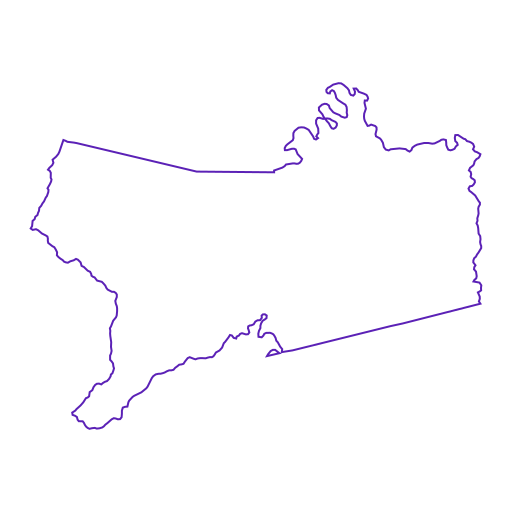 outline of Jaíba, Minas Gerais, Brazil
{"feature_id": "56859067B83912683918054", "entity_name": "Jaíba", "entity_type": "district", "adm_level": 2, "iso_a3": "BRA", "parent_name": "Brazil", "parent_adm1": "Minas Gerais", "projection": "albers", "projection_center": [-43.684, -15.25], "detail": "fine", "context": "isolated", "style": "outline", "palette": "violet", "viewbox_px": 512, "rotation_deg": 0, "n_neighbors": 0, "source": "geoboundaries", "source_scale": "gbopen_adm2", "svg_char_len": 5997}
<svg xmlns="http://www.w3.org/2000/svg" viewBox="0 0 512 512"><path d="M353.7,88.6L355.0,91.6L354.7,94.1L353.3,95.6L350.8,94.9L349.5,92.9L349.0,90.4L347.4,88.2L343.7,85.0L341.2,83.4L338.5,83.2L333.2,84.6L329.8,86.9L327.9,87.8L326.3,89.9L326.5,91.9L327.7,93.2L329.8,93.4L330.3,91.5L332.1,90.2L333.9,91.1L334.9,92.9L335.7,95.2L336.2,97.7L337.9,99.9L343.2,103.4L345.4,104.7L346.6,107.0L346.9,110.1L346.7,112.7L347.3,115.2L346.7,117.1L344.8,117.7L341.3,116.6L339.4,115.0L335.2,113.3L333.3,112.3L329.7,108.1L328.9,105.5L326.7,104.0L324.6,103.8L322.0,104.7L318.9,107.5L319.0,110.4L322.4,114.3L323.5,116.7L325.0,118.7L323.1,118.9L319.5,117.8L317.6,118.0L316.1,120.3L316.1,123.6L318.2,128.6L318.4,133.1L317.3,134.4L316.3,136.4L318.0,138.1L316.0,139.5L314.1,138.8L313.1,136.4L308.7,129.9L306.5,128.6L304.1,127.5L301.3,127.3L298.5,127.7L294.6,130.9L293.4,133.1L293.3,135.7L293.5,138.1L292.8,140.2L287.3,144.4L285.8,145.9L284.7,148.1L284.9,150.1L287.2,150.1L291.8,148.8L294.0,148.7L295.7,149.4L297.6,154.1L302.1,158.9L301.2,161.0L299.7,162.8L298.1,163.7L296.4,163.8L294.5,163.4L292.8,163.4L286.0,164.5L284.7,166.1L282.4,167.6L274.1,170.5L274.1,172.3L196.7,171.6L76.7,143.1L73.9,142.6L67.4,141.8L65.8,140.9L63.4,140.0L59.4,151.7L58.3,154.0L56.1,156.7L52.6,159.7L53.4,162.8L52.2,165.2L49.3,167.9L48.0,169.7L49.8,170.9L50.8,172.8L50.7,177.8L51.5,179.4L51.1,181.5L49.9,184.1L47.5,188.3L48.5,189.8L48.3,192.1L46.9,196.1L45.8,197.5L44.0,201.4L42.4,203.5L41.2,205.8L39.3,207.9L39.0,210.8L38.0,213.0L37.5,215.0L35.3,216.8L34.6,219.2L32.6,220.9L32.1,226.1L30.7,228.5L32.7,229.9L36.0,229.2L38.2,230.3L41.9,233.5L45.7,235.4L47.4,236.5L47.9,238.7L47.8,240.7L48.2,242.9L52.4,246.2L54.3,247.2L55.8,249.6L57.1,252.3L56.9,255.3L58.5,257.1L60.5,258.7L62.7,260.1L64.1,261.7L65.9,262.4L67.9,262.7L70.3,261.3L73.7,260.3L76.0,258.9L77.9,259.7L80.6,262.4L81.6,265.9L83.9,267.0L87.7,270.7L90.1,271.8L91.2,273.9L91.5,275.7L93.0,276.8L94.6,277.4L97.1,280.6L101.8,281.8L103.4,283.4L105.3,285.6L106.4,288.0L107.7,289.6L111.9,291.8L114.0,291.8L115.7,292.9L116.8,294.5L116.8,297.0L115.3,300.9L115.8,303.6L116.8,306.2L117.1,308.3L117.1,311.2L116.7,315.5L116.0,317.3L113.2,320.7L111.0,326.4L109.9,328.3L110.3,330.8L110.1,333.5L110.3,336.0L111.2,342.2L111.0,346.9L111.6,350.9L111.0,353.6L110.1,355.5L110.1,359.8L111.6,361.4L113.0,363.4L113.4,366.5L114.0,368.3L113.4,370.5L112.4,373.3L110.9,374.5L110.6,376.3L109.1,378.9L107.0,381.1L104.9,381.8L102.9,383.0L101.3,384.4L99.0,383.6L96.8,383.8L95.1,385.0L93.5,387.2L92.3,390.2L89.7,392.1L89.1,396.3L87.7,397.5L85.9,398.2L83.3,402.3L80.5,405.5L76.4,409.2L75.3,410.6L72.2,412.6L72.6,414.9L74.9,415.7L76.9,417.0L77.6,419.7L78.8,421.2L82.7,421.3L83.9,422.8L84.9,424.9L86.1,426.6L87.6,427.9L89.5,428.8L92.0,428.2L94.8,427.9L96.8,428.6L99.4,428.3L102.2,427.5L103.9,426.3L105.3,424.7L107.4,423.1L111.7,419.3L113.8,418.2L115.7,418.5L117.9,419.3L120.1,419.1L121.6,417.2L121.9,413.7L121.9,410.6L122.8,407.6L125.1,406.8L127.4,406.6L128.4,402.2L129.2,400.6L132.6,396.9L134.2,395.8L141.4,392.3L146.3,388.3L147.6,386.6L151.8,378.1L153.2,376.2L155.7,374.4L158.3,373.8L160.7,373.7L163.0,373.1L164.7,372.5L166.8,371.3L169.3,370.3L171.5,370.3L173.5,369.8L175.2,367.8L177.4,366.2L179.2,364.7L181.5,364.4L183.5,363.8L184.9,361.6L187.7,358.1L189.7,357.2L193.8,358.8L195.5,359.3L197.6,358.5L199.5,358.2L201.4,358.1L205.7,358.3L207.8,357.6L210.0,357.1L211.9,357.2L213.4,356.3L214.6,354.7L215.9,352.5L219.5,350.5L222.1,347.6L223.8,343.2L225.1,341.9L228.5,337.4L230.0,335.0L231.9,335.5L233.7,337.9L236.2,338.5L236.7,336.6L239.0,335.5L240.1,333.9L242.0,333.2L245.9,334.4L248.0,334.2L249.3,332.5L248.7,330.2L248.0,328.4L248.2,326.4L249.7,325.5L251.4,325.3L253.7,324.3L255.3,321.6L257.5,320.3L260.1,320.2L261.8,317.8L261.6,315.6L262.9,314.4L264.9,314.3L266.7,315.5L266.5,318.1L264.9,319.4L262.7,320.7L261.1,323.4L260.4,325.8L260.4,328.1L259.0,330.8L258.3,333.7L258.5,336.8L261.7,337.3L263.4,335.6L264.3,333.8L266.2,332.9L270.0,332.8L271.7,333.4L273.3,334.3L274.4,335.8L275.6,338.0L276.3,340.7L277.8,342.3L280.2,346.7L282.2,349.1L281.8,352.1L292.5,350.4L390.6,326.1L402.6,323.5L480.4,303.7L478.9,301.4L479.8,298.9L479.7,296.5L477.9,292.4L479.6,291.5L481.1,290.4L481.0,287.9L481.3,285.3L479.5,282.6L473.5,281.5L474.4,279.9L476.2,278.4L476.7,276.2L476.0,271.6L474.0,269.3L474.3,267.1L475.5,265.3L473.3,262.4L473.4,260.3L474.2,258.2L475.9,256.7L477.1,254.4L478.4,252.7L481.2,248.1L481.2,246.0L480.5,244.2L480.1,242.0L480.5,239.2L480.2,236.1L478.6,233.6L478.2,228.2L477.7,225.5L476.5,223.3L477.5,220.8L477.3,218.3L478.2,215.4L478.6,213.5L478.2,208.7L478.6,206.8L479.9,204.6L479.9,202.6L478.8,201.4L475.2,195.5L471.1,192.0L469.5,190.9L468.5,188.6L469.8,186.3L472.2,185.9L473.7,184.4L474.9,182.3L474.7,180.3L473.3,179.1L471.6,178.2L470.6,176.7L471.2,174.2L470.7,172.0L468.9,170.4L470.1,167.8L473.3,165.3L474.1,163.7L474.6,161.4L476.5,159.1L478.5,158.0L479.7,156.3L480.4,154.2L477.1,152.2L474.8,151.4L473.0,149.3L474.2,146.7L473.1,144.0L471.4,142.7L469.3,141.7L467.0,141.1L465.3,139.2L463.6,138.7L458.0,135.0L455.3,135.1L454.8,137.9L455.3,141.1L457.1,142.8L457.7,144.9L455.9,146.4L454.5,148.8L452.4,149.8L450.5,150.3L448.3,149.7L447.2,147.5L446.3,145.2L446.2,142.5L445.9,140.0L443.4,139.4L441.3,139.8L439.8,140.9L434.6,143.4L432.3,143.7L428.4,143.0L424.1,143.0L417.2,144.6L414.8,145.8L412.4,147.6L411.4,150.1L409.6,151.6L407.4,150.5L405.7,149.1L399.5,148.4L390.6,149.3L388.7,150.4L385.8,149.6L383.9,147.2L382.9,142.8L381.1,139.7L379.9,138.4L376.0,136.3L375.5,134.1L376.6,129.6L376.5,127.4L375.2,126.0L371.1,124.6L369.3,125.6L367.6,125.9L364.8,120.8L364.2,118.7L364.0,116.4L364.2,113.6L365.9,108.7L364.5,102.9L364.8,100.5L367.1,100.6L368.1,98.5L367.6,96.7L366.5,94.9L363.8,93.6L358.7,91.8L357.8,90.2L356.2,88.5L353.7,88.6ZM325.0,118.7L327.0,118.4L329.8,118.8L331.7,120.2L335.5,121.9L336.9,123.5L336.8,125.5L335.6,127.6L333.6,128.8L331.8,128.3L330.6,126.6L328.8,123.2L327.0,121.3L325.0,118.7ZM279.4,353.2L275.2,349.9L272.8,349.9L270.7,351.0L268.1,354.2L267.0,356.1L279.4,353.2Z" fill="none" stroke="#5b21b6" stroke-width="2"/></svg>